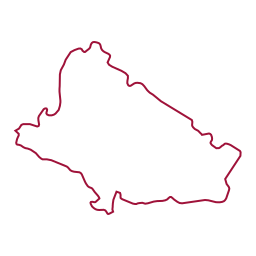 Bjelovarsko-bilogorska, Robinson projection
{"feature_id": "HRV-1607", "entity_name": "Bjelovarsko-bilogorska", "entity_type": "County", "adm_level": 1, "iso_a3": "HRV", "parent_name": "Croatia", "parent_adm1": "", "projection": "robinson", "projection_center": [16.948, 45.775], "detail": "fine", "context": "isolated", "style": "outline", "palette": "rose", "viewbox_px": 256, "rotation_deg": 0, "n_neighbors": 0, "source": "natural_earth", "source_scale": "10m", "svg_char_len": 2763}
<svg xmlns="http://www.w3.org/2000/svg" viewBox="0 0 256 256"><path d="M94.1,42.0L95.7,42.2L97.3,42.6L98.9,43.2L99.7,43.9L100.3,44.9L100.8,46.7L101.0,47.9L101.3,48.6L102.0,49.9L103.1,51.0L104.5,52.0L108.3,53.8L109.5,54.7L110.1,55.7L110.0,57.0L107.6,62.4L109.0,64.7L112.2,66.7L121.4,70.8L125.5,73.2L127.9,75.8L127.9,78.2L127.4,80.9L127.3,83.2L128.3,85.3L129.3,85.9L130.6,85.8L134.3,83.4L135.8,82.9L137.5,82.8L140.5,83.2L142.4,84.2L144.2,86.1L147.2,90.2L148.6,91.6L149.8,92.7L153.0,94.7L160.9,101.2L191.8,120.0L192.3,121.5L192.3,122.7L192.1,124.9L192.2,125.8L193.1,127.3L194.8,129.0L198.2,130.8L200.4,133.1L201.6,134.2L201.9,134.8L202.3,134.8L209.0,133.5L210.1,133.9L211.1,134.8L211.9,137.0L212.1,138.6L212.0,139.9L210.8,141.9L210.5,142.9L211.1,144.0L212.0,145.1L216.3,148.2L219.0,148.1L220.1,147.4L222.1,145.7L223.3,145.1L224.7,143.8L225.6,143.6L226.9,143.7L228.9,144.3L230.7,145.1L239.9,150.9L240.6,152.2L240.4,155.9L225.2,179.0L226.6,184.0L228.5,186.5L229.0,187.4L229.3,188.6L229.0,190.2L226.2,198.4L225.1,200.1L223.9,201.2L222.1,201.9L219.6,202.3L216.0,202.2L208.3,200.3L205.0,200.0L182.1,203.3L179.6,203.0L177.3,201.8L174.2,199.6L172.2,197.8L171.1,197.0L170.0,197.0L168.5,198.1L167.4,199.3L165.3,200.3L162.4,200.9L157.1,201.1L153.7,201.6L147.8,203.3L145.2,203.7L142.3,202.8L139.2,203.1L137.6,203.4L136.4,204.0L135.0,204.0L132.9,203.6L122.2,199.2L121.3,198.6L120.6,197.9L120.5,196.3L120.6,195.1L120.3,193.7L120.0,192.9L116.5,191.7L113.4,199.8L112.8,204.0L112.8,204.9L112.7,205.5L112.7,206.8L112.4,209.4L113.1,211.7L109.3,213.7L108.1,214.0L107.4,213.5L106.2,211.5L105.3,210.4L103.7,209.8L99.2,210.0L97.2,209.8L95.5,209.2L93.7,208.0L92.0,206.4L90.7,203.8L90.5,202.7L90.9,202.0L91.5,201.9L92.2,201.8L92.9,201.9L93.6,202.1L94.4,202.2L95.4,202.1L99.4,198.5L99.1,197.5L98.0,195.8L94.7,192.0L92.5,188.9L91.9,188.3L91.1,187.9L89.2,187.2L87.8,186.2L86.0,183.6L85.0,181.7L81.8,174.4L80.9,173.2L79.5,172.3L74.0,171.7L71.9,171.1L70.3,170.2L67.9,167.4L66.7,166.5L51.3,160.2L46.7,159.3L42.5,159.3L41.3,158.7L39.2,157.0L35.8,153.1L30.7,149.7L27.8,148.6L25.3,148.1L23.4,147.2L20.8,145.4L18.9,144.8L17.2,144.6L16.5,144.0L16.2,142.8L17.0,139.3L17.8,137.3L18.7,135.5L18.7,133.8L15.4,130.7L19.0,128.6L21.4,124.9L23.3,124.1L29.8,124.1L37.2,126.5L38.6,126.0L39.1,124.6L38.4,120.4L38.3,118.0L38.9,116.1L43.7,109.2L45.2,108.4L46.5,108.5L47.1,109.5L47.0,110.8L46.5,112.2L46.4,113.5L47.2,114.6L48.9,115.3L51.8,115.3L53.8,114.7L55.5,113.6L58.7,109.9L59.9,105.9L60.4,102.3L60.4,100.6L59.5,91.7L59.5,89.0L59.7,86.1L59.9,74.4L60.8,70.2L63.9,64.5L65.7,59.7L68.4,55.6L70.7,52.1L74.5,50.1L78.6,48.6L80.4,48.5L81.8,49.3L82.5,50.7L84.2,52.0L85.2,51.9L85.9,51.3L86.6,50.7L88.7,49.1L89.6,48.2L90.1,47.5L90.9,44.5L91.8,43.0L92.9,42.2L94.1,42.0Z" fill="none" stroke="#9f1239" stroke-width="2"/></svg>